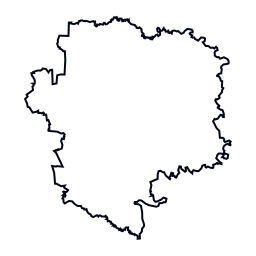 Pénjamo, Guanajuato, Mexico (Mercator projection), rotated 269°
{"feature_id": "50627088B98341179464561", "entity_name": "Pénjamo", "entity_type": "district", "adm_level": 2, "iso_a3": "MEX", "parent_name": "Mexico", "parent_adm1": "Guanajuato", "projection": "mercator", "projection_center": [-101.833, 20.405], "detail": "fine", "context": "isolated", "style": "outline", "palette": "ink", "viewbox_px": 256, "rotation_deg": 269, "n_neighbors": 0, "source": "geoboundaries", "source_scale": "gbopen_adm2", "svg_char_len": 5807}
<svg xmlns="http://www.w3.org/2000/svg" viewBox="0 0 256 256"><g transform="rotate(269 128 128)"><path d="M73.6,54.1L73.5,55.6L71.0,60.0L71.5,63.8L70.4,63.0L69.3,63.3L67.0,67.0L65.6,66.0L65.0,64.8L65.6,62.5L65.3,62.1L63.5,63.7L62.6,62.6L62.8,63.9L61.9,64.4L60.5,64.0L60.5,62.0L58.6,61.2L58.2,62.1L55.0,62.3L53.7,63.4L56.1,67.8L55.5,71.2L53.8,72.4L51.6,75.1L50.9,76.5L50.8,79.6L48.7,80.6L48.2,82.9L47.3,82.8L47.1,84.4L47.5,85.1L45.5,85.6L43.2,87.2L42.3,89.1L40.5,89.9L39.6,91.7L41.3,95.5L40.0,96.8L40.7,97.2L41.1,98.4L39.9,100.4L39.9,103.2L40.5,104.0L39.6,104.3L39.8,104.9L38.9,105.5L38.0,105.8L37.3,104.9L37.0,105.9L35.1,106.1L35.3,107.9L34.3,108.6L34.5,109.3L33.5,109.8L32.6,109.5L32.4,110.9L31.4,112.0L30.7,111.4L30.7,112.2L29.9,112.5L30.6,113.2L29.9,113.4L30.0,114.1L28.4,114.7L27.3,117.3L26.1,117.4L26.3,118.4L27.3,118.8L25.6,120.2L25.2,119.9L24.9,120.8L25.3,121.4L26.5,121.6L26.3,123.4L28.4,123.8L28.6,126.4L25.8,126.2L25.4,127.4L24.2,127.3L24.7,128.3L24.4,128.7L22.6,128.3L22.6,129.9L22.1,129.8L21.7,131.1L21.9,132.3L20.9,132.7L21.4,133.5L19.8,135.8L17.1,135.7L17.3,138.0L21.6,137.8L24.1,140.0L27.3,140.4L29.3,142.2L31.2,142.4L37.0,140.7L43.7,140.7L49.9,139.6L51.6,137.2L51.9,133.7L52.8,133.2L53.9,133.5L53.9,135.9L55.4,137.5L55.5,139.2L54.9,140.7L52.0,144.3L50.3,148.1L48.8,155.1L49.6,157.0L52.3,158.1L52.3,160.7L53.4,162.6L53.0,163.9L53.8,164.6L56.7,165.2L57.8,162.2L55.7,159.7L53.8,155.2L53.9,153.9L55.6,152.6L60.2,152.0L59.9,150.4L60.4,151.0L61.3,150.7L61.5,149.6L64.4,149.1L64.5,149.7L65.6,149.3L70.4,150.4L73.6,149.4L76.6,156.7L81.4,156.9L84.4,157.9L84.6,159.9L83.2,162.0L83.2,163.2L79.5,165.2L76.1,169.0L76.5,169.3L77.8,168.4L78.9,169.3L82.5,170.6L82.0,172.3L79.3,171.7L79.5,173.6L78.0,174.2L77.6,175.3L81.0,177.1L82.2,178.5L84.9,177.4L88.8,178.8L88.5,180.2L86.3,180.6L83.3,184.2L84.1,185.3L87.4,184.8L87.8,186.5L83.9,188.7L81.5,191.4L83.0,191.5L84.7,192.7L83.6,196.3L83.7,197.9L86.4,200.7L88.9,201.6L89.8,203.7L89.8,204.5L87.8,204.7L87.1,205.7L88.1,207.2L86.9,209.5L86.5,212.1L87.7,212.8L89.7,212.5L90.3,214.6L91.5,216.5L90.6,217.1L91.1,218.8L90.3,220.8L91.4,220.9L92.4,219.1L96.2,215.7L99.9,217.1L100.9,218.2L100.9,220.1L100.0,223.2L99.1,223.2L97.2,221.7L97.2,222.9L96.1,223.4L95.5,225.9L96.2,227.1L99.7,227.7L100.6,224.8L102.0,223.4L103.5,224.0L104.8,222.9L106.6,222.9L108.2,223.6L109.8,225.6L110.4,227.6L109.4,228.7L109.0,230.0L109.7,230.2L111.3,229.5L112.6,230.4L113.7,228.9L112.3,224.8L113.1,224.0L115.2,223.9L116.5,222.7L116.6,219.7L123.5,219.2L126.4,216.5L133.3,213.2L135.5,214.7L135.1,215.6L135.7,217.8L139.6,220.7L139.3,222.2L137.4,223.0L137.3,224.0L140.8,224.0L144.2,222.8L144.7,221.0L146.6,218.1L147.3,218.1L148.0,219.5L148.6,219.7L150.9,217.3L154.2,215.7L155.3,216.4L155.1,218.0L156.1,219.8L156.9,220.1L158.5,219.4L162.4,222.7L164.0,222.7L166.2,224.0L167.2,222.6L173.2,223.0L173.6,221.6L176.0,221.1L178.0,219.8L178.4,218.0L178.9,217.9L180.6,219.9L181.0,222.2L185.4,222.8L186.4,222.1L187.8,222.3L189.8,224.5L190.5,229.0L191.2,229.8L193.4,229.7L195.2,228.6L197.0,225.1L195.7,221.4L197.4,219.8L197.1,218.5L198.2,216.7L198.9,216.1L202.1,215.9L203.4,216.7L204.3,218.9L206.4,218.6L207.6,217.4L206.0,215.7L206.9,214.5L206.7,212.0L208.5,209.9L208.7,207.1L212.5,204.3L213.5,206.2L216.2,206.6L217.1,204.8L217.2,202.6L214.1,199.6L216.0,196.5L217.4,195.7L217.3,193.9L217.8,193.0L219.5,193.8L220.3,192.0L221.4,191.3L222.3,192.1L222.5,194.3L224.1,194.3L225.3,193.3L226.0,189.0L223.9,186.3L222.3,185.3L221.2,182.9L224.1,179.7L223.7,178.4L224.7,176.1L224.3,174.0L221.8,173.4L223.0,172.3L222.2,171.3L222.6,170.3L223.1,170.7L224.6,169.9L223.8,169.1L223.7,167.3L225.5,167.0L225.5,166.3L227.2,165.5L224.8,164.0L224.5,162.2L227.2,160.8L227.7,159.7L226.7,158.8L224.5,159.1L223.4,160.0L224.0,161.8L220.6,161.7L219.3,159.9L220.9,159.1L220.6,157.7L218.4,155.7L218.8,154.4L217.6,154.6L216.3,153.9L216.8,152.5L218.1,152.5L218.0,151.3L216.9,151.5L218.3,149.4L218.0,148.8L218.5,147.5L218.0,147.3L218.2,146.4L217.5,146.3L217.9,145.5L219.7,145.6L219.4,144.8L219.8,143.5L221.1,144.0L221.9,145.1L224.0,143.2L226.5,143.3L228.4,141.3L227.6,140.2L228.0,138.4L229.3,138.2L230.0,136.9L230.8,136.7L231.8,132.9L233.8,131.0L236.0,130.7L235.0,130.0L236.6,129.1L236.1,128.3L236.4,127.2L235.1,127.1L235.7,125.2L234.9,125.1L234.9,124.2L236.1,124.5L236.2,123.7L237.4,123.5L237.6,122.4L236.5,121.1L235.6,121.2L235.4,120.5L236.8,120.5L236.1,119.7L236.3,119.2L237.1,119.6L238.6,118.9L238.1,118.5L238.8,118.1L238.3,117.5L238.9,116.8L238.8,115.7L236.8,115.1L237.0,114.0L236.0,113.7L236.0,112.8L234.5,113.0L234.2,111.2L232.3,108.8L232.0,107.3L233.6,106.5L233.3,105.5L231.8,104.8L232.5,101.8L231.6,101.2L232.1,98.9L231.2,98.5L230.5,98.8L230.1,98.1L231.4,96.6L235.0,96.9L234.8,95.4L235.4,95.1L234.6,91.6L235.8,88.4L235.5,87.4L235.9,86.9L235.6,85.8L236.3,84.2L236.3,82.4L235.7,82.0L235.8,81.0L233.2,79.9L234.0,79.1L232.8,75.8L233.5,72.8L234.5,73.0L234.4,70.7L221.1,70.1L221.5,61.0L217.1,59.3L215.2,59.5L213.6,58.6L210.2,59.7L209.8,61.2L208.5,61.0L208.3,62.0L206.8,64.1L205.9,64.5L205.9,66.2L197.0,66.5L182.6,65.5L182.7,61.3L181.9,58.1L173.8,57.3L173.1,53.4L187.5,53.2L187.4,51.2L185.0,49.5L188.3,47.1L189.0,43.7L188.0,43.2L186.9,41.5L187.1,38.8L185.7,34.4L184.6,34.9L184.5,32.4L182.4,32.8L178.4,35.2L176.5,35.7L174.1,35.5L174.0,33.8L173.4,34.7L171.8,34.2L171.0,33.2L167.6,33.7L163.1,27.2L161.2,28.2L158.8,25.6L154.5,27.4L150.7,28.2L150.4,29.8L145.1,32.9L145.8,36.7L146.8,38.5L144.5,38.6L144.7,40.6L144.1,41.9L145.0,43.6L144.0,44.4L142.6,44.0L142.8,46.4L137.0,47.1L137.4,48.4L133.0,50.2L132.7,49.1L129.5,49.5L128.7,48.8L126.8,49.7L127.0,48.4L126.5,48.5L125.6,57.0L123.6,61.3L124.1,63.2L122.7,64.6L120.5,63.7L120.4,64.2L118.1,63.7L118.6,61.8L116.0,60.9L112.1,62.2L108.5,61.3L107.0,57.0L107.7,57.1L106.3,53.7L104.4,55.7L90.5,62.0L91.1,56.3L90.7,55.3L91.3,51.5L84.5,53.4L73.6,54.1Z" fill="none" stroke="#020617" stroke-width="2"/></g></svg>